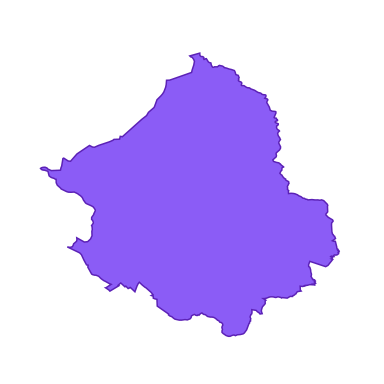 Juchique de Ferrer, Veracruz, Mexico (Equal Earth projection), rotated 277°
{"feature_id": "50627088B55369972555828", "entity_name": "Juchique de Ferrer", "entity_type": "district", "adm_level": 2, "iso_a3": "MEX", "parent_name": "Mexico", "parent_adm1": "Veracruz", "projection": "equal_earth", "projection_center": [-96.665, 19.824], "detail": "fine", "context": "isolated", "style": "filled", "palette": "violet", "viewbox_px": 384, "rotation_deg": 277, "n_neighbors": 0, "source": "geoboundaries", "source_scale": "gbopen_adm2", "svg_char_len": 5955}
<svg xmlns="http://www.w3.org/2000/svg" viewBox="0 0 384 384"><g transform="rotate(277 192 192)"><path d="M330.8,182.8L326.8,173.2L326.0,174.2L325.7,175.8L323.8,177.5L322.0,178.5L318.3,178.3L313.2,177.3L310.6,177.0L300.3,156.2L299.8,153.1L295.5,153.3L292.8,153.1L288.0,151.9L285.7,150.8L283.6,149.4L279.3,146.0L272.3,144.4L271.2,144.0L265.8,139.1L262.3,137.6L257.9,133.2L238.4,116.2L238.5,114.0L235.6,113.7L234.7,108.1L233.6,107.1L231.7,103.8L227.0,93.9L224.5,89.7L224.5,87.8L225.7,84.6L215.8,73.2L207.7,67.7L207.7,65.3L210.0,60.6L209.5,59.8L201.9,59.5L200.0,59.0L197.6,58.8L196.1,49.7L197.3,46.0L198.2,45.1L198.7,43.1L198.3,41.0L197.8,39.8L197.0,38.8L196.0,39.8L195.6,41.4L195.7,42.7L195.0,46.5L190.6,48.2L189.6,49.8L189.1,51.2L188.7,53.4L187.8,55.3L187.9,55.6L184.6,56.1L182.3,57.5L179.9,61.0L179.1,61.7L177.1,67.5L176.8,69.2L177.0,71.9L177.6,75.1L176.4,78.7L175.8,79.6L174.7,81.8L173.1,83.8L170.7,85.3L168.1,87.7L167.6,88.6L166.0,93.9L165.2,95.7L163.9,97.0L162.4,98.2L161.3,98.2L158.4,97.2L157.7,97.2L154.6,95.5L152.5,95.7L151.7,96.8L150.0,97.7L149.0,97.8L146.4,96.4L145.6,97.0L142.6,97.6L140.8,97.4L136.4,98.1L133.0,97.0L130.0,94.5L129.2,91.3L132.5,83.2L130.8,83.6L129.0,83.4L126.1,80.8L124.7,80.6L123.1,79.9L122.2,77.7L122.3,74.9L117.9,87.9L116.3,89.9L111.3,93.0L106.8,96.2L106.7,97.8L104.6,97.8L98.3,102.4L97.8,103.7L97.6,105.5L97.7,106.9L97.0,109.6L94.9,112.3L93.3,115.2L92.7,117.0L90.9,121.4L90.5,123.0L86.6,118.4L86.4,117.9L84.7,121.3L83.6,122.6L90.1,130.9L90.5,130.1L93.0,132.4L89.7,137.0L90.5,137.8L88.4,140.4L89.5,141.9L89.3,142.1L89.7,142.5L86.0,147.5L92.0,148.9L94.3,149.7L96.0,150.7L93.5,154.1L91.8,156.8L91.3,158.0L87.3,163.8L85.3,165.8L84.3,164.3L83.9,166.2L81.9,166.5L81.4,168.2L81.2,170.3L74.5,171.4L68.0,183.7L67.2,183.6L66.3,185.0L65.8,187.1L64.4,189.2L63.7,190.6L63.3,194.8L63.6,197.4L64.5,200.6L64.5,203.0L65.9,205.6L67.2,206.4L69.0,206.6L69.9,207.8L70.7,209.1L70.7,209.7L70.2,210.5L70.0,211.6L70.2,212.7L70.8,213.0L70.7,214.1L71.9,214.9L73.0,216.1L73.0,217.0L72.4,217.6L71.9,218.7L71.9,220.2L70.4,222.5L70.1,225.3L70.3,227.3L70.2,228.8L69.8,229.9L68.5,232.2L67.9,232.8L67.5,234.3L66.3,235.3L66.0,235.9L66.1,236.6L65.9,237.3L64.6,238.6L63.1,238.7L62.5,238.3L61.0,238.2L59.3,239.0L57.9,238.7L56.3,238.9L55.3,240.2L53.7,243.3L53.2,245.6L53.4,247.4L54.6,249.4L55.2,251.1L54.7,252.6L55.8,254.4L56.4,257.3L57.4,260.0L58.4,261.1L61.8,263.0L68.4,264.6L68.9,265.1L69.5,265.0L70.4,265.2L71.2,265.9L71.6,265.5L73.4,265.8L74.9,264.9L75.9,264.9L76.6,265.3L77.5,265.3L78.2,266.1L78.9,266.2L80.1,266.2L82.5,265.7L82.3,270.1L81.2,271.4L80.0,273.7L79.2,274.4L79.8,276.5L82.1,275.4L83.1,275.3L84.7,275.5L86.6,275.9L89.6,278.0L90.5,278.3L91.0,278.1L93.1,277.9L93.6,278.5L94.9,275.8L95.1,277.1L95.8,279.1L97.1,281.5L97.6,283.1L97.8,285.4L97.5,287.5L97.6,288.3L98.5,290.1L98.1,293.2L97.7,293.7L98.2,294.7L98.3,299.5L100.3,302.1L100.6,304.6L101.3,304.7L102.3,306.3L103.3,307.0L103.7,307.7L104.3,307.8L105.9,308.7L107.0,312.4L107.9,311.5L111.7,310.8L111.7,313.4L112.6,314.8L112.2,314.9L113.0,316.5L113.2,316.4L113.5,318.0L114.4,320.1L114.7,324.2L114.6,325.2L114.9,325.2L115.4,323.9L115.5,324.6L116.2,325.0L116.5,325.8L116.9,325.5L117.4,324.6L118.2,325.1L118.2,324.5L119.2,324.8L119.4,324.0L119.7,324.8L119.8,323.6L120.4,322.2L122.8,320.4L123.4,320.6L125.0,320.6L127.0,319.7L129.3,319.2L131.7,318.1L132.2,316.9L134.1,316.6L137.5,317.4L134.2,333.8L135.7,335.9L142.2,339.9L142.6,338.5L142.8,338.9L143.6,339.4L144.2,338.8L144.7,337.6L145.3,338.0L144.9,338.5L144.8,338.1L144.4,338.7L145.2,339.4L144.9,339.8L145.2,340.8L145.9,340.1L146.8,340.9L146.9,342.3L147.2,343.5L148.6,345.0L149.6,345.0L150.0,344.4L150.7,345.1L150.9,344.7L151.4,344.6L151.2,345.2L151.4,345.2L151.9,343.8L152.3,343.4L152.9,343.9L153.4,342.9L154.2,342.5L155.0,342.4L160.5,340.3L160.4,338.5L160.7,337.3L163.3,340.1L165.5,338.9L165.9,337.9L166.7,337.5L167.4,336.6L169.6,335.7L176.3,334.5L177.9,334.4L178.6,334.5L179.8,335.4L180.4,335.6L181.5,334.9L183.5,330.3L185.6,327.7L186.4,327.6L188.8,329.1L194.3,328.2L195.2,328.4L196.3,327.8L199.5,323.8L200.0,321.6L199.4,319.9L199.5,318.0L199.1,315.0L199.1,312.0L198.3,308.1L198.8,306.9L198.7,305.6L199.4,304.5L199.4,302.8L200.7,300.7L201.2,298.6L202.1,297.0L202.8,294.3L202.9,292.8L202.8,290.5L202.2,288.0L204.4,287.6L205.0,287.9L206.4,286.3L207.5,286.5L208.8,286.0L210.0,286.2L210.8,286.7L212.0,286.9L212.3,287.2L214.1,286.6L214.4,285.6L215.3,283.7L216.1,283.1L216.3,283.2L216.9,281.8L217.7,281.0L218.2,280.3L219.8,279.1L220.0,278.4L221.3,276.9L223.9,277.9L224.5,278.5L226.9,278.4L227.6,279.0L227.9,279.9L228.1,279.9L229.6,277.3L230.6,276.3L230.5,276.1L231.5,274.7L231.7,272.1L232.3,269.2L233.7,268.3L237.2,271.3L238.5,271.4L240.0,270.8L240.8,270.8L241.7,271.4L244.3,273.7L246.1,274.5L247.7,274.4L251.2,272.1L252.5,272.2L254.8,273.4L255.3,272.9L256.0,272.8L256.7,272.2L258.2,270.9L259.3,270.3L260.5,269.9L261.9,270.3L263.2,271.4L263.6,271.1L264.6,269.1L265.4,268.4L266.6,268.0L267.9,268.0L268.6,269.0L269.5,269.4L270.2,269.3L271.1,266.2L272.1,266.1L272.6,266.8L273.0,267.8L273.4,268.2L274.3,267.9L274.5,267.2L275.6,266.5L275.5,265.4L275.8,264.5L276.0,264.4L280.6,265.7L281.9,265.4L282.1,264.7L282.0,261.7L282.7,259.7L285.7,258.4L289.9,255.3L291.1,255.4L292.4,256.0L292.9,256.0L293.5,255.4L293.9,252.8L295.4,253.7L296.6,253.7L297.1,253.5L297.4,252.8L297.3,251.0L297.5,249.6L298.5,248.2L298.9,245.3L300.6,241.7L301.6,237.5L302.3,236.6L302.3,234.1L302.6,233.2L303.9,230.6L303.7,228.2L303.9,228.0L304.4,227.9L306.1,228.2L306.5,228.0L307.1,227.4L307.7,225.2L308.2,224.5L309.2,224.8L309.9,224.3L311.1,224.9L313.4,223.7L313.9,221.2L316.3,220.2L317.7,219.3L318.4,216.1L318.6,213.8L319.2,211.2L319.4,208.8L320.1,208.3L320.7,206.8L321.0,203.8L320.6,203.1L319.4,202.1L319.0,199.0L318.5,198.5L318.3,197.5L318.8,196.8L320.4,195.7L322.4,195.0L322.6,193.4L323.1,192.4L326.1,190.0L325.8,189.0L325.3,188.5L325.0,187.8L325.7,187.2L326.6,187.5L327.1,187.2L327.7,186.2L327.6,184.4L328.5,183.2L330.8,182.8Z" fill="#8b5cf6" stroke="#5b21b6" stroke-width="1.5"/></g></svg>